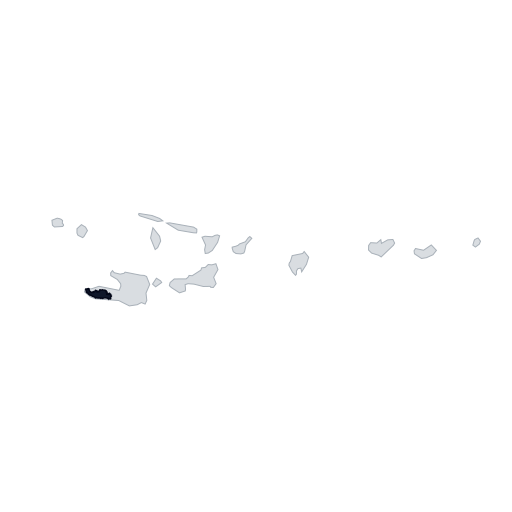 North West Santo, Sanma, Vanuatu (highlighted), rotated 292°
{"feature_id": "77236927B11778048532769", "entity_name": "North West Santo", "entity_type": "district", "adm_level": 2, "iso_a3": "VUT", "parent_name": "Vanuatu", "parent_adm1": "Sanma", "projection": "mercator", "projection_center": [166.62, -14.862], "detail": "fine", "context": "in_parent", "style": "filled", "palette": "ink", "viewbox_px": 512, "rotation_deg": 292, "n_neighbors": 0, "source": "geoboundaries", "source_scale": "gbopen_adm2", "svg_char_len": 6105}
<svg xmlns="http://www.w3.org/2000/svg" viewBox="0 0 512 512"><g transform="rotate(292 256 256)"><path d="M169.1,121.8L172.9,142.0L177.4,142.0L179.6,140.9L182.3,136.2L183.4,128.7L185.8,127.6L188.7,128.4L187.4,130.8L188.3,136.8L190.5,140.1L192.0,140.7L195.0,156.3L196.1,159.6L196.0,162.2L189.8,168.1L180.4,167.9L173.9,171.4L169.9,171.2L169.9,167.2L166.3,164.1L162.3,157.3L163.3,145.4L156.2,123.2L156.1,117.6L158.5,110.4L160.9,110.1L164.2,116.1L169.1,121.8ZM208.6,199.8L211.4,201.2L212.9,201.2L213.8,204.2L222.3,210.2L224.6,210.0L226.5,213.3L230.2,214.9L231.2,218.3L233.8,221.7L229.2,225.8L220.4,224.7L215.4,229.4L210.8,228.2L210.0,225.7L210.7,224.9L208.0,218.6L206.7,209.1L204.9,203.4L202.9,201.0L198.8,203.1L197.1,203.5L193.2,198.9L195.0,189.5L196.0,186.8L199.2,186.3L204.1,188.8L208.6,199.8ZM322.6,376.7L319.9,379.7L317.5,379.4L302.0,372.4L302.6,369.5L302.0,362.1L303.7,358.1L308.0,356.5L311.3,357.3L313.3,363.2L317.9,365.6L314.7,367.6L320.3,372.1L322.6,376.7ZM269.9,289.4L275.8,298.3L278.2,299.0L274.6,305.3L267.2,305.9L258.4,304.3L261.6,302.1L260.0,299.6L257.3,299.1L254.3,300.3L252.9,299.9L254.8,295.8L259.7,290.0L261.1,289.6L262.4,289.5L263.7,290.0L269.9,289.4ZM261.1,214.7L254.3,215.3L244.8,213.4L240.9,210.7L239.3,208.0L242.6,206.0L247.3,205.1L253.2,198.9L255.2,201.3L257.4,208.2L259.8,210.3L261.1,212.3L261.1,214.7ZM331.9,414.4L328.8,421.2L323.4,419.6L318.3,414.7L315.7,410.4L317.4,402.1L320.0,400.6L322.7,401.1L324.1,409.2L331.9,414.4ZM256.1,192.1L255.1,192.2L254.1,189.3L250.8,174.2L253.0,160.8L254.4,163.6L259.4,187.3L258.7,191.1L256.1,192.1ZM270.0,242.0L271.7,243.0L270.8,245.5L262.6,242.6L256.1,243.7L254.2,243.6L252.3,241.2L250.8,236.5L251.5,233.3L254.3,231.0L255.3,230.6L257.3,233.4L259.2,235.4L261.0,236.2L265.2,240.8L270.0,242.0ZM238.2,159.2L234.2,162.0L226.9,161.7L224.2,160.1L233.2,151.5L243.6,149.8L238.2,159.2ZM218.9,87.1L216.4,90.2L209.7,89.2L208.1,88.4L208.5,83.2L210.2,81.4L214.2,79.8L219.7,82.4L218.9,87.1ZM213.2,65.5L212.3,66.1L210.9,65.6L207.4,58.2L208.3,55.7L212.7,53.4L216.6,57.5L217.0,59.8L217.0,61.7L216.4,63.4L213.8,64.1L213.2,65.5ZM254.7,152.6L253.7,156.4L251.2,152.0L249.7,133.4L250.3,131.7L251.6,131.5L254.6,144.5L254.7,152.6ZM355.9,455.1L353.8,458.6L350.6,458.6L346.5,456.1L347.3,453.0L352.0,452.5L353.3,452.7L355.9,455.1ZM197.2,176.9L196.1,178.5L189.8,174.5L191.2,170.6L198.1,172.0L197.2,176.9Z" fill="#d9dde1" stroke="#a8b0b8" stroke-width="1"/><path d="M162.9,113.3L163.0,113.3L163.0,113.2L163.0,112.9L162.6,112.8L162.6,112.7L162.6,112.4L162.6,112.2L162.4,112.1L162.2,112.0L161.9,112.0L161.9,111.9L161.9,111.7L161.9,111.3L161.8,111.2L161.7,111.2L161.6,110.9L161.8,110.8L161.8,110.7L161.6,110.6L161.4,110.5L161.0,110.9L161.0,111.0L160.9,111.0L160.7,111.1L160.7,111.3L160.4,111.4L160.2,111.5L159.9,111.6L159.8,111.8L159.7,111.9L159.6,112.1L159.4,112.2L159.2,112.2L159.1,112.4L159.0,112.5L158.9,112.5L158.8,112.8L158.7,113.0L158.8,113.0L158.7,113.1L158.8,113.2L159.0,113.2L158.9,113.5L158.9,113.8L159.0,113.9L159.1,114.0L159.0,113.9L158.8,114.1L158.7,114.2L158.7,114.3L158.4,114.5L158.0,114.9L158.1,115.1L157.9,115.2L157.8,115.7L157.8,115.9L157.9,116.1L157.9,116.3L157.8,116.5L157.7,116.6L157.7,117.0L157.8,117.0L157.7,117.0L157.8,117.2L157.8,117.3L157.8,117.5L157.7,117.5L157.6,117.8L157.6,118.0L157.6,118.3L157.7,118.5L157.7,118.8L157.6,119.0L157.4,119.3L157.5,119.5L157.6,119.9L157.5,120.2L157.5,120.3L157.5,120.7L157.5,121.4L157.4,122.1L157.3,122.3L157.2,122.3L157.3,122.3L157.2,122.5L157.1,122.8L157.0,123.0L157.2,123.3L157.4,123.4L157.7,123.9L157.7,124.2L157.7,124.3L157.8,124.7L157.8,125.0L158.0,125.6L158.2,126.0L158.4,126.5L158.6,127.0L158.6,127.3L158.8,127.8L158.7,127.9L158.8,128.0L159.0,128.3L159.1,128.8L159.2,129.0L159.3,129.3L159.2,129.5L159.3,129.6L159.4,129.8L159.7,130.0L159.8,130.3L160.1,130.5L160.4,131.1L160.6,131.4L160.8,131.8L161.0,132.2L160.9,132.4L161.0,132.8L161.2,133.6L161.2,134.0L161.2,134.4L161.3,134.5L161.2,134.6L161.3,134.9L161.2,135.0L161.3,135.0L161.3,135.3L161.2,135.4L161.2,135.6L161.4,136.1L161.5,136.6L161.6,136.8L161.8,137.2L162.2,137.2L162.3,137.1L162.6,136.9L162.9,136.8L163.1,136.6L163.4,136.5L163.5,136.5L163.8,136.5L164.1,136.7L164.2,136.8L164.3,136.6L164.3,136.4L164.7,136.3L164.8,136.3L165.1,136.2L165.3,136.3L165.3,136.1L165.4,135.9L165.5,135.9L165.6,135.7L166.0,135.5L165.9,135.2L165.9,134.8L166.1,134.7L166.2,134.4L166.3,134.4L166.4,134.5L166.5,134.4L166.6,134.1L166.5,133.9L166.2,133.7L166.1,133.8L165.9,133.7L165.6,133.8L165.3,133.9L165.2,133.8L165.2,133.7L165.3,133.5L165.4,133.3L165.4,133.2L165.1,133.1L164.9,132.9L164.8,132.7L164.7,132.5L164.6,132.3L164.6,132.1L164.5,131.9L164.9,131.7L165.0,131.6L165.4,131.7L165.5,131.9L165.5,132.0L165.6,131.9L165.7,132.0L165.8,131.9L165.8,131.7L166.0,131.6L166.3,131.4L166.4,131.5L166.5,131.4L166.8,131.2L167.0,131.0L167.1,130.9L167.1,130.7L167.3,130.5L167.2,130.4L167.3,130.4L167.5,130.2L167.5,129.9L167.4,129.9L167.5,129.7L167.7,129.2L167.7,128.9L167.7,128.7L167.6,128.4L167.5,128.2L167.4,128.1L167.3,127.8L167.2,127.5L167.2,127.4L167.2,126.7L167.0,126.3L167.0,126.2L166.9,126.2L166.7,125.8L166.5,125.7L166.3,125.4L166.3,125.0L166.2,124.7L166.3,124.5L166.2,124.2L166.1,123.9L165.8,123.9L165.8,124.0L165.7,124.1L165.4,124.2L165.2,124.2L164.9,124.1L164.7,123.9L164.7,123.6L164.4,123.5L164.1,123.6L164.1,123.2L163.9,123.1L163.7,123.1L163.5,122.9L163.5,122.7L163.4,122.5L163.5,122.4L163.4,122.3L163.9,122.2L163.9,121.9L164.0,121.8L164.0,121.6L163.9,121.5L164.0,121.4L163.8,121.3L163.9,120.9L163.8,120.3L164.0,120.1L163.8,119.9L163.6,119.9L163.6,120.0L163.4,120.0L163.4,119.9L162.9,119.9L162.6,119.9L162.4,119.8L162.3,119.7L162.0,119.6L161.9,119.5L162.0,119.5L162.0,119.4L161.9,119.4L161.8,119.2L161.7,119.0L161.8,118.7L161.6,118.5L161.6,118.3L161.4,118.1L161.5,118.1L161.3,117.9L161.1,117.9L161.0,118.0L160.9,117.8L160.6,117.5L160.7,117.2L160.5,116.9L160.4,116.8L160.5,116.6L160.8,116.4L160.8,116.2L160.7,116.1L160.7,115.9L160.8,115.6L161.0,115.4L161.0,115.2L160.9,115.1L161.1,115.0L161.2,114.7L161.6,114.4L161.8,114.2L162.1,114.0L162.2,113.9L162.4,113.8L162.4,113.6L162.5,113.6L162.8,113.5L162.8,113.4L162.9,113.3Z" fill="#0f172a" stroke="#020617" stroke-width="1.5"/></g></svg>